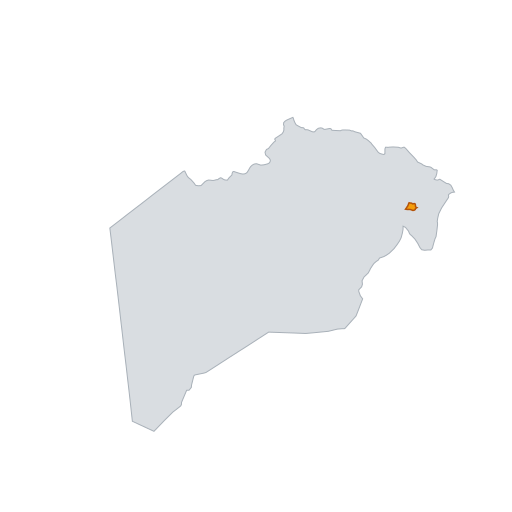 Tandjilé Centre, Tandjilé, Chad (highlighted), rotated 233°
{"feature_id": "50815135B21537967756666", "entity_name": "Tandjilé Centre", "entity_type": "district", "adm_level": 2, "iso_a3": "TCD", "parent_name": "Chad", "parent_adm1": "Tandjilé", "projection": "natural_earth1", "projection_center": [16.099, 9.299], "detail": "fine", "context": "in_parent", "style": "filled", "palette": "amber", "viewbox_px": 512, "rotation_deg": 233, "n_neighbors": 0, "source": "geoboundaries", "source_scale": "gbopen_adm2", "svg_char_len": 4408}
<svg xmlns="http://www.w3.org/2000/svg" viewBox="0 0 512 512"><g transform="rotate(233 256 256)"><path d="M366.3,156.1L366.4,167.1L366.6,178.2L366.7,189.3L366.8,200.4L367.0,211.5L367.1,222.5L367.2,233.6L367.3,244.7L367.4,248.3L367.1,249.8L367.0,250.0L366.6,250.2L361.6,249.2L359.4,249.2L356.3,250.0L351.8,250.4L348.8,250.3L346.8,252.2L345.3,254.5L346.1,260.0L345.9,261.8L345.3,263.7L343.9,265.3L342.6,266.6L341.8,267.7L340.8,270.2L340.0,271.4L340.1,272.9L339.9,274.6L339.0,275.4L336.9,276.1L335.6,276.8L334.5,278.0L333.8,278.9L334.2,280.0L334.7,281.6L335.0,284.0L335.2,285.5L336.3,286.6L336.9,287.5L337.2,288.5L336.6,289.3L334.0,291.1L333.0,291.8L331.8,292.7L331.3,293.0L329.5,294.7L328.5,296.2L328.1,297.5L328.1,299.2L329.1,301.8L330.1,304.0L330.6,305.6L330.8,307.4L330.7,309.1L330.2,310.6L329.3,312.0L325.7,314.5L324.0,317.3L322.6,320.7L322.3,322.5L322.7,323.7L323.4,324.8L324.5,325.3L326.0,325.4L328.6,324.9L330.9,324.5L333.5,325.7L334.8,328.5L334.3,330.6L335.3,334.4L336.2,338.9L336.1,340.4L336.5,341.0L338.1,341.3L338.4,342.3L337.9,350.3L338.7,352.5L339.8,354.1L341.0,354.9L342.2,356.0L342.8,356.7L344.2,356.9L345.8,358.3L346.2,360.2L346.1,362.1L345.2,366.1L344.5,368.9L343.6,368.7L341.7,368.0L339.5,367.4L336.7,367.0L334.1,368.1L331.2,369.5L330.4,370.5L329.6,371.2L328.3,371.1L327.2,371.3L326.5,372.3L325.5,373.4L321.4,375.7L320.5,376.6L320.0,377.4L320.0,378.3L320.5,380.2L320.5,382.6L319.6,384.5L318.5,385.7L317.3,386.2L316.3,386.5L315.6,387.3L313.5,391.6L312.6,392.4L310.7,392.3L305.3,398.7L304.8,400.6L302.8,403.3L300.3,406.4L298.1,407.8L297.9,408.4L297.3,408.9L295.9,409.6L291.1,413.3L285.4,413.1L282.9,414.5L280.4,415.2L276.8,415.9L275.7,415.8L271.1,416.1L265.6,416.0L263.6,416.5L261.6,417.9L260.2,419.1L260.0,419.5L260.2,420.1L260.1,420.5L263.9,423.4L264.9,424.9L263.9,426.3L263.5,426.5L263.4,426.6L262.8,427.8L260.6,431.1L257.2,435.1L255.5,436.3L254.8,437.0L253.9,439.7L253.3,440.0L251.0,440.4L246.4,440.7L240.0,441.5L236.2,441.8L233.8,441.6L230.5,443.4L229.3,443.9L228.5,444.0L225.2,445.8L222.5,448.5L221.5,449.1L217.6,450.2L216.1,452.1L215.4,452.3L212.9,449.8L211.2,447.5L210.4,445.2L210.3,444.5L209.8,444.6L208.4,445.6L207.3,446.8L206.7,449.0L202.7,450.5L199.3,451.8L197.7,453.4L195.3,454.2L192.3,453.8L189.9,453.2L187.6,453.0L188.7,451.0L189.1,449.5L189.2,447.6L189.0,446.4L187.7,445.8L186.8,444.8L184.8,439.1L182.7,433.2L179.8,427.4L176.7,423.7L174.4,421.4L173.6,421.1L172.5,420.4L171.6,419.7L167.5,415.8L163.1,411.4L162.0,409.3L159.8,406.3L157.4,403.2L156.2,401.8L155.6,399.3L157.3,397.0L159.1,394.1L161.3,392.1L164.1,392.0L168.8,392.8L173.9,393.1L178.9,392.5L180.2,392.1L181.5,392.1L184.2,392.8L188.9,392.6L191.3,391.4L188.7,389.4L185.9,386.3L183.2,382.8L181.6,379.6L180.2,375.6L178.8,370.6L178.0,364.1L178.2,360.4L178.6,357.7L180.0,353.5L179.1,350.9L179.3,348.9L179.1,345.9L178.7,344.4L176.9,339.4L176.5,338.9L174.9,335.4L174.2,329.6L172.4,325.8L169.4,324.0L167.8,321.8L167.2,317.8L166.0,316.8L161.4,315.4L157.6,315.4L154.8,310.9L151.2,305.2L147.9,299.8L145.8,289.2L144.6,283.1L146.0,281.2L148.7,276.9L152.3,268.5L160.1,255.7L164.2,249.1L172.2,239.3L182.0,227.2L187.6,220.3L188.5,207.9L189.4,194.8L190.2,184.9L191.1,173.1L191.8,163.3L192.3,156.1L193.1,145.9L193.8,144.0L197.6,136.0L197.9,134.9L197.2,133.6L191.7,126.8L190.0,125.3L189.1,121.8L190.5,119.8L183.9,108.4L182.3,107.1L181.6,105.7L181.5,103.6L181.4,95.7L179.7,83.4L177.4,69.0L185.1,64.9L190.9,61.8L198.4,57.8L205.3,61.9L215.2,67.8L225.2,73.7L235.3,79.6L245.3,85.5L255.3,91.3L265.4,97.2L275.4,103.1L285.5,109.0L295.5,114.9L305.6,120.8L315.7,126.7L325.8,132.5L335.9,138.4L346.0,144.3L356.1,150.2L366.3,156.1Z" fill="#d9dde1" stroke="#a8b0b8" stroke-width="1"/><path d="M200.7,414.0L201.2,414.2L201.4,414.3L202.0,414.4L202.6,414.0L202.9,413.4L203.2,412.6L203.7,412.3L203.9,412.3L204.5,412.1L205.8,410.8L206.4,410.3L205.9,409.3L205.7,409.0L205.4,408.7L205.2,408.3L205.1,408.1L204.9,407.7L204.6,407.3L204.4,406.4L204.0,405.5L203.7,404.5L203.4,403.6L202.8,404.2L202.2,404.7L201.8,405.3L201.1,406.2L200.8,406.6L200.3,407.2L199.8,407.6L199.5,407.7L199.2,407.9L199.0,408.1L198.7,408.3L198.3,408.4L198.2,408.6L198.0,408.8L197.8,409.0L197.7,409.3L197.5,409.5L197.4,410.0L197.3,410.3L197.3,410.5L197.3,410.9L197.3,411.2L197.6,411.3L197.7,411.5L197.8,411.7L197.8,411.8L197.9,412.0L197.9,412.4L197.9,412.5L197.8,413.1L197.8,413.3L197.8,413.6L198.3,413.2L199.6,413.2L200.7,414.0Z" fill="#f59e0b" stroke="#b45309" stroke-width="1.5"/></g></svg>